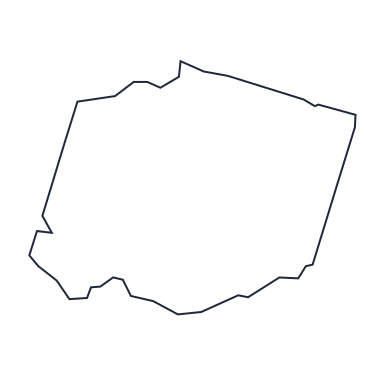 Hickman, Tennessee, United States of America, rotated 10°
{"feature_id": "52423323B57415980272372", "entity_name": "Hickman", "entity_type": "district", "adm_level": 2, "iso_a3": "USA", "parent_name": "United States of America", "parent_adm1": "Tennessee", "projection": "robinson", "projection_center": [-87.5, 35.801], "detail": "fine", "context": "isolated", "style": "outline", "palette": "slate", "viewbox_px": 384, "rotation_deg": 10, "n_neighbors": 0, "source": "geoboundaries", "source_scale": "gbopen_adm2", "svg_char_len": 610}
<svg xmlns="http://www.w3.org/2000/svg" viewBox="0 0 384 384"><g transform="rotate(10 192 192)"><path d="M158.0,65.2L159.1,80.8L142.8,94.8L128.8,91.4L115.5,93.7L99.6,110.9L63.5,122.9L57.8,167.2L48.8,241.5L61.0,256.5L46.1,257.4L42.8,282.7L53.5,291.7L74.1,302.7L89.9,318.8L107.0,314.6L109.1,303.4L118.1,301.1L129.2,289.8L139.1,290.4L149.9,305.0L172.7,306.2L199.3,315.0L221.8,308.6L255.5,285.7L265.5,285.9L292.9,261.0L311.6,258.6L317.0,245.3L323.4,242.6L333.7,159.3L341.2,99.9L339.6,87.6L301.2,84.0L298.0,86.1L285.9,81.5L207.0,71.4L182.7,71.3L158.0,65.2Z" fill="none" stroke="#1e293b" stroke-width="2"/></g></svg>